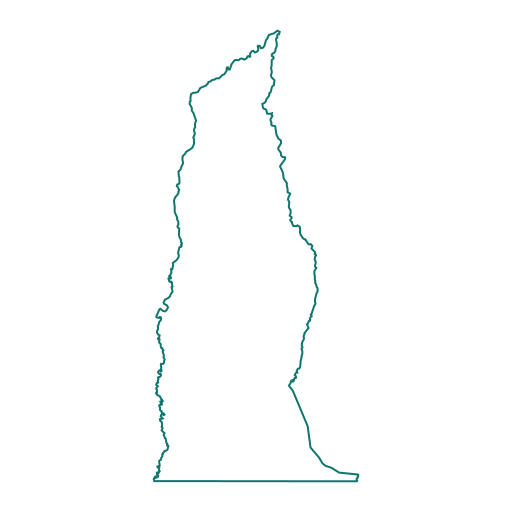 Sapezal, Mato Grosso, Brazil (Mercator projection)
{"feature_id": "56859067B20407124010543", "entity_name": "Sapezal", "entity_type": "district", "adm_level": 2, "iso_a3": "BRA", "parent_name": "Brazil", "parent_adm1": "Mato Grosso", "projection": "mercator", "projection_center": [-58.676, -12.959], "detail": "fine", "context": "isolated", "style": "outline", "palette": "teal", "viewbox_px": 512, "rotation_deg": 0, "n_neighbors": 0, "source": "geoboundaries", "source_scale": "gbopen_adm2", "svg_char_len": 6038}
<svg xmlns="http://www.w3.org/2000/svg" viewBox="0 0 512 512"><path d="M279.7,31.9L277.4,30.7L273.8,33.4L269.0,34.9L267.0,39.0L265.9,40.3L264.4,45.9L262.7,47.9L261.0,48.2L259.7,45.9L258.0,45.8L257.7,46.6L258.4,48.9L258.0,50.6L256.6,51.9L254.9,52.5L253.3,50.8L251.6,51.4L250.1,53.8L250.2,56.6L249.6,56.9L248.3,56.1L247.4,56.5L246.5,58.5L244.2,59.6L241.7,58.4L239.9,59.0L238.7,60.2L235.9,60.0L234.4,60.4L231.5,64.3L229.8,69.5L228.3,69.3L227.9,67.4L227.1,67.4L226.7,68.0L226.6,70.8L224.3,74.3L222.4,75.0L219.1,78.3L216.4,78.3L214.4,79.6L212.1,80.1L210.5,81.4L208.4,82.0L207.8,83.7L206.7,84.5L206.4,85.4L200.4,87.9L198.1,91.7L196.1,92.6L192.9,92.9L191.0,94.2L190.4,97.9L190.6,100.9L189.8,101.7L189.7,104.2L191.1,106.4L191.9,108.5L191.7,110.3L193.6,113.5L196.0,120.4L194.9,124.3L195.2,127.0L194.2,128.9L194.0,130.3L194.9,133.8L193.3,137.5L193.9,138.9L194.0,143.5L193.3,145.7L192.0,148.1L186.2,151.8L185.2,153.6L182.7,156.2L182.4,159.3L183.1,163.4L181.6,166.1L180.6,169.4L178.5,171.5L178.8,175.9L179.3,177.5L179.5,182.9L179.1,183.7L177.2,184.6L176.8,186.1L177.5,186.6L179.2,190.1L178.4,191.7L178.4,193.4L174.8,197.9L174.0,201.1L174.7,207.0L174.7,212.2L177.3,217.8L176.9,218.8L178.2,221.6L178.5,224.2L177.4,226.5L178.0,227.7L179.2,228.5L179.0,235.1L179.7,237.7L180.9,239.7L181.0,242.0L181.7,242.6L181.9,243.8L181.2,244.5L181.0,245.2L181.6,245.7L181.3,246.7L179.4,247.3L178.3,251.8L178.1,253.1L178.8,254.8L178.6,257.2L176.6,260.1L172.8,263.0L173.1,266.2L172.4,267.8L172.5,268.6L172.2,269.2L171.1,269.2L171.4,272.5L170.2,275.5L169.3,275.8L169.3,276.8L170.1,276.8L171.0,277.5L170.8,278.4L168.5,278.7L169.3,281.4L170.0,281.9L170.9,281.5L172.1,282.7L171.8,284.0L172.5,286.2L172.3,286.8L171.6,287.0L171.7,287.9L172.6,291.5L171.0,293.7L169.9,296.5L167.9,298.2L164.9,299.7L163.6,302.6L163.9,303.6L167.1,305.5L168.0,307.6L166.4,310.2L165.0,311.4L163.1,311.0L160.3,308.8L159.4,309.3L156.3,316.5L156.5,317.2L159.0,318.0L159.8,317.0L160.6,317.1L161.2,318.5L160.8,320.2L159.2,322.0L158.5,324.9L157.8,326.0L158.1,329.0L157.1,330.9L156.9,332.5L158.4,334.8L159.6,335.3L159.4,336.6L157.9,338.6L158.2,339.2L159.1,338.7L159.6,339.3L159.0,342.3L160.6,343.9L160.7,345.9L161.3,348.0L162.4,348.3L162.4,349.2L163.4,350.4L162.7,351.0L162.7,352.0L163.9,355.2L163.5,357.2L164.7,359.5L164.1,360.7L163.9,362.7L163.2,363.9L161.1,363.9L160.8,364.7L161.3,368.0L160.5,369.6L161.4,369.9L161.3,371.3L160.6,371.3L160.2,370.5L159.2,370.5L158.2,371.8L158.1,372.6L158.9,373.6L159.7,374.0L160.5,373.8L161.0,374.8L160.9,375.7L159.8,376.9L158.3,377.2L157.9,377.8L158.5,379.1L157.7,380.4L158.2,382.2L157.8,382.9L156.8,383.1L156.2,384.9L157.9,386.3L156.3,388.1L156.3,389.0L156.9,389.6L157.0,392.6L156.2,392.7L156.1,393.6L157.6,395.2L159.9,396.3L161.6,400.1L162.0,399.0L162.2,400.5L162.6,400.9L161.6,401.2L162.2,401.4L162.0,402.0L160.6,402.4L160.7,403.1L161.2,403.9L161.8,403.9L161.9,404.5L159.4,405.1L159.2,405.9L160.1,407.8L160.0,409.8L160.5,410.6L161.5,411.0L161.7,412.7L163.5,413.4L164.5,414.6L163.9,415.1L162.5,414.3L161.2,414.8L160.7,416.3L162.7,418.5L159.9,419.2L160.3,421.0L161.6,421.8L161.8,422.4L162.1,424.6L161.7,427.0L162.4,427.4L162.6,428.2L161.6,430.4L164.5,433.2L163.7,434.4L163.7,435.2L164.6,436.6L164.8,438.1L165.6,438.5L166.6,443.3L167.4,443.9L167.1,445.4L167.7,445.4L168.4,446.1L167.4,449.7L166.7,450.4L164.5,451.0L164.4,451.8L163.0,452.9L162.9,453.9L162.2,454.3L162.5,455.9L161.2,458.0L161.0,459.7L159.4,460.6L159.1,461.3L159.7,465.4L157.4,466.6L157.6,467.3L158.8,466.7L159.4,467.2L158.9,469.7L159.0,470.6L159.7,471.2L158.4,473.1L157.8,472.4L156.9,472.6L157.1,474.6L158.2,475.6L158.0,476.7L156.3,477.6L155.9,476.4L155.0,476.7L154.7,478.2L153.9,478.4L153.8,479.5L154.3,481.1L356.7,481.3L357.2,480.8L356.6,479.3L356.8,478.4L357.8,477.6L358.2,476.3L357.7,475.8L358.2,474.9L357.7,474.5L339.1,472.6L331.5,467.8L325.5,465.8L322.5,463.3L319.0,457.5L310.5,447.5L307.7,426.3L292.8,390.7L288.9,385.6L290.4,383.5L291.0,381.2L292.9,381.6L293.5,381.2L292.8,379.9L294.3,379.6L294.6,378.1L296.1,377.7L295.8,376.1L294.7,375.1L295.7,373.2L296.5,372.6L297.3,372.6L296.7,370.7L297.9,368.7L299.3,368.5L300.2,367.0L300.6,361.3L301.7,356.7L301.5,356.1L302.2,354.4L302.4,351.6L301.5,348.5L302.5,347.3L301.7,345.4L302.1,342.3L303.7,339.6L304.0,337.7L303.6,336.9L303.8,335.4L304.7,333.9L304.4,333.2L308.5,328.0L307.0,324.3L307.7,323.8L308.7,321.2L310.0,320.7L310.3,319.8L309.8,319.1L310.5,317.2L311.7,316.2L310.8,314.5L311.5,314.0L314.3,305.5L315.1,304.7L315.5,303.6L315.0,302.0L315.0,299.1L316.7,292.8L317.6,291.5L317.6,288.2L316.8,287.2L315.9,283.9L315.1,282.8L315.4,281.2L314.8,279.6L314.9,276.2L314.4,274.4L314.4,271.1L316.3,267.8L315.1,266.7L314.9,265.6L315.7,263.2L315.7,261.7L314.6,259.1L315.4,256.0L316.0,255.6L315.9,254.8L314.7,253.9L315.2,253.0L314.9,252.0L311.5,248.6L312.3,245.8L310.6,244.1L309.2,244.5L308.4,244.1L305.2,239.3L304.4,239.3L302.8,238.1L300.5,234.5L299.9,232.2L300.2,230.5L299.7,226.7L297.5,225.4L296.3,226.1L293.4,226.0L292.0,223.3L292.0,222.0L290.7,221.2L290.2,220.0L291.6,218.1L291.6,217.2L289.7,215.7L290.6,213.2L290.6,210.0L289.5,208.7L288.8,206.8L289.3,202.4L288.0,199.5L288.7,196.7L290.2,194.0L289.8,193.3L287.6,192.2L287.6,189.1L286.7,185.1L286.9,183.2L283.5,178.2L283.2,173.9L282.5,171.6L280.1,166.6L280.3,165.7L284.6,159.8L285.3,157.9L284.8,157.1L282.6,157.1L281.8,156.3L281.1,155.4L280.8,152.7L278.3,149.4L278.2,148.0L281.0,143.3L281.0,141.4L280.4,140.0L278.3,138.6L276.4,134.4L275.2,126.2L272.7,125.7L271.6,125.3L271.2,124.3L271.5,122.7L270.4,120.1L270.5,119.2L272.4,116.1L272.3,115.4L271.5,114.8L271.9,113.3L270.2,113.8L267.1,113.6L266.3,110.3L265.5,109.2L263.5,108.6L262.7,106.7L262.4,103.8L264.4,103.0L265.7,101.5L266.2,99.5L269.2,95.5L269.2,93.3L270.5,92.5L272.0,86.8L274.1,84.8L273.8,83.4L274.4,81.7L274.4,80.2L271.4,77.1L271.0,75.4L271.8,72.1L271.5,69.8L271.0,68.5L271.6,65.9L271.7,60.9L271.9,59.8L273.5,58.5L273.7,57.6L273.2,56.6L272.0,56.2L271.7,54.7L272.6,53.5L273.9,53.1L275.3,51.2L275.5,49.2L276.8,46.0L276.7,43.1L276.0,39.6L276.2,38.5L277.3,37.7L277.3,35.0L277.7,34.4L279.0,34.3L279.7,31.9Z" fill="none" stroke="#0f766e" stroke-width="2"/></svg>